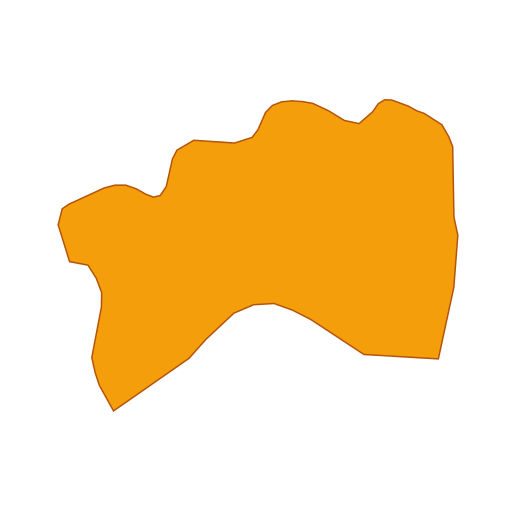 the Province of Hưng Yên, rotated 99°
{"feature_id": "VNM-461", "entity_name": "Hưng Yên", "entity_type": "Province", "adm_level": 1, "iso_a3": "VNM", "parent_name": "Vietnam", "parent_adm1": "", "projection": "orthographic", "projection_center": [106.031, 20.808], "detail": "fine", "context": "isolated", "style": "filled", "palette": "amber", "viewbox_px": 512, "rotation_deg": 99, "n_neighbors": 0, "source": "natural_earth", "source_scale": "10m", "svg_char_len": 859}
<svg xmlns="http://www.w3.org/2000/svg" viewBox="0 0 512 512"><g transform="rotate(99 256 256)"><path d="M431.3,372.5L408.2,390.5L396.6,396.5L382.0,402.3L330.7,400.7L316.3,402.7L302.8,410.4L291.3,420.6L290.8,439.2L256.1,456.3L239.7,454.8L234.0,448.8L212.5,416.5L208.1,406.4L206.4,395.6L208.5,384.3L212.2,374.6L213.9,366.4L211.2,360.0L201.5,355.5L188.9,354.7L173.1,353.7L163.8,350.6L151.4,335.5L147.8,294.9L139.5,278.4L131.2,273.9L112.7,269.0L104.8,263.4L99.7,254.8L97.1,244.6L96.2,233.9L96.4,223.7L101.3,206.8L108.3,190.0L109.1,174.9L95.4,163.4L86.4,159.0L81.7,153.6L80.7,146.3L84.1,129.2L87.4,120.1L88.9,112.1L97.3,92.9L108.4,84.0L117.4,78.8L186.5,66.6L204.0,59.9L256.0,55.7L329.1,59.8L336.4,134.0L310.2,191.8L303.7,211.7L300.1,230.8L304.5,250.7L315.9,268.9L346.4,292.6L367.5,306.1L431.3,372.5Z" fill="#f59e0b" stroke="#b45309" stroke-width="1.5"/></g></svg>